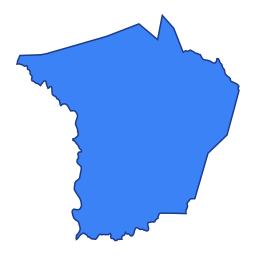 outline of Crateús, Ceará, Brazil
{"feature_id": "56859067B68836278329537", "entity_name": "Crateús", "entity_type": "district", "adm_level": 2, "iso_a3": "BRA", "parent_name": "Brazil", "parent_adm1": "Ceará", "projection": "equal_earth", "projection_center": [-40.774, -5.21], "detail": "fine", "context": "isolated", "style": "filled", "palette": "blue", "viewbox_px": 256, "rotation_deg": 0, "n_neighbors": 0, "source": "geoboundaries", "source_scale": "gbopen_adm2", "svg_char_len": 3602}
<svg xmlns="http://www.w3.org/2000/svg" viewBox="0 0 256 256"><path d="M73.8,218.0L75.5,219.8L77.5,221.1L78.3,221.7L78.7,222.7L80.1,227.9L80.2,229.2L79.3,231.8L77.6,234.2L76.5,235.2L76.2,237.8L76.4,239.4L77.5,238.7L78.3,237.6L79.3,236.1L80.3,235.1L81.0,234.4L82.3,233.5L83.4,233.3L84.5,233.3L85.2,234.1L86.6,234.8L87.6,236.1L88.2,237.1L89.4,236.8L90.1,237.8L91.3,238.7L92.6,239.0L93.8,239.0L95.6,239.3L96.4,238.6L97.2,237.6L97.8,236.5L98.8,235.0L100.3,234.1L101.5,234.8L102.5,234.7L104.0,234.3L105.5,234.8L107.0,234.5L108.4,234.7L109.2,234.1L110.1,233.5L111.1,234.9L110.6,236.7L111.2,238.4L112.4,238.5L113.3,238.7L114.7,240.2L115.6,240.6L116.7,240.4L117.5,239.7L118.3,239.2L119.7,239.4L121.0,239.2L121.9,239.2L121.6,237.9L121.9,236.7L122.4,235.7L123.3,235.6L124.3,235.1L125.0,233.7L125.5,232.6L126.0,233.5L127.3,234.1L128.7,233.9L129.5,234.5L130.3,235.6L131.5,236.0L132.6,235.5L133.2,234.7L133.8,233.4L134.3,231.8L134.6,230.4L135.1,229.0L135.7,228.1L136.5,227.7L137.5,227.9L138.3,228.3L139.4,229.1L140.4,229.4L141.3,229.4L142.2,229.2L143.1,229.4L144.0,230.2L145.2,230.1L146.2,231.0L147.4,230.8L148.2,230.3L148.6,229.2L148.5,227.9L148.3,226.8L147.9,225.5L147.7,224.4L147.8,223.0L148.9,222.4L149.9,222.4L151.1,222.0L152.5,221.8L153.7,222.1L154.7,221.8L155.3,220.8L156.0,219.4L157.1,218.7L158.0,218.4L158.0,216.9L158.7,215.2L159.0,213.9L160.2,213.2L171.5,213.2L186.1,213.6L185.8,211.6L186.0,210.3L187.2,207.7L187.5,206.4L187.3,204.9L187.1,203.4L187.8,202.1L188.7,201.3L189.4,200.2L190.4,198.8L194.8,198.7L201.6,175.2L205.6,161.4L207.4,155.3L208.0,153.2L227.0,135.0L233.7,110.4L238.7,91.6L239.0,90.4L238.2,89.2L238.0,88.0L238.9,86.7L238.3,85.3L237.1,84.3L236.0,83.5L234.6,83.0L232.8,82.0L231.3,81.6L230.5,80.4L230.3,78.7L229.2,77.4L228.0,76.6L226.9,75.8L226.2,75.1L225.3,73.9L224.9,72.8L224.7,71.3L224.3,69.7L223.3,68.2L222.4,67.2L222.2,65.9L221.6,64.1L220.4,63.3L219.7,62.0L219.4,60.7L218.9,59.7L218.2,58.7L217.0,58.6L216.7,59.7L216.4,61.3L215.4,62.8L214.5,63.0L213.4,62.9L212.4,62.5L211.4,62.0L210.3,61.2L209.4,60.8L207.9,60.4L206.8,60.1L205.5,60.0L204.1,59.8L203.0,59.2L201.9,57.8L201.1,56.2L200.2,54.6L198.9,54.4L197.7,53.5L196.8,53.5L195.6,53.2L194.1,52.1L192.7,51.3L191.7,50.9L190.8,50.2L189.8,50.3L188.7,50.9L187.5,51.4L186.7,51.1L185.6,50.7L184.4,51.4L183.1,52.2L173.7,28.2L162.3,15.4L157.6,39.6L138.9,23.9L120.0,31.2L106.7,36.3L95.1,39.7L92.3,40.5L79.4,44.2L46.1,53.8L40.6,54.8L20.0,55.5L19.4,56.6L19.0,57.8L18.2,59.6L17.7,60.8L17.0,64.1L19.0,63.9L21.7,64.6L22.9,65.1L24.4,66.2L25.9,65.9L27.3,66.1L27.5,69.1L29.3,70.1L29.8,71.0L30.1,72.2L30.1,74.0L31.1,75.1L32.1,76.4L31.6,79.6L32.0,80.8L34.0,81.5L35.6,83.0L38.4,83.9L40.5,85.6L43.0,82.0L44.2,80.9L45.8,81.2L46.9,85.4L48.0,88.3L49.0,87.9L49.7,86.9L51.1,86.5L51.8,87.8L52.2,93.8L52.9,95.0L54.1,95.9L55.6,96.4L57.1,98.9L58.6,99.5L59.5,100.8L60.2,104.7L60.9,105.6L62.7,104.1L64.9,103.9L66.4,104.4L67.9,106.2L70.6,110.9L73.8,110.7L74.8,111.0L75.6,111.7L76.4,112.7L77.4,114.8L77.5,116.8L76.9,118.5L76.0,121.0L75.5,123.9L76.1,126.0L77.4,128.8L77.6,130.0L77.6,131.7L78.3,133.8L78.1,135.4L77.1,136.5L75.7,137.8L74.9,138.4L72.9,138.9L73.0,140.4L74.4,141.0L75.2,141.7L76.1,143.1L78.4,145.8L79.4,148.4L81.5,150.4L81.4,151.8L78.9,152.1L77.8,153.7L78.5,157.1L78.1,158.7L77.1,159.8L77.0,162.1L78.0,163.7L81.1,166.6L81.3,168.9L80.8,171.5L79.5,178.4L78.0,179.8L75.9,181.3L74.9,183.2L74.3,188.1L74.3,189.3L74.8,190.5L76.4,193.2L78.4,196.1L79.9,198.5L80.5,200.0L81.1,201.9L81.5,205.6L80.4,208.3L79.7,209.2L78.6,209.6L76.9,209.7L76.0,209.6L74.6,209.2L73.4,209.3L72.3,210.8L72.1,212.0L72.7,214.9L73.8,218.0Z" fill="#3b82f6" stroke="#1e3a8a" stroke-width="1.5"/></svg>